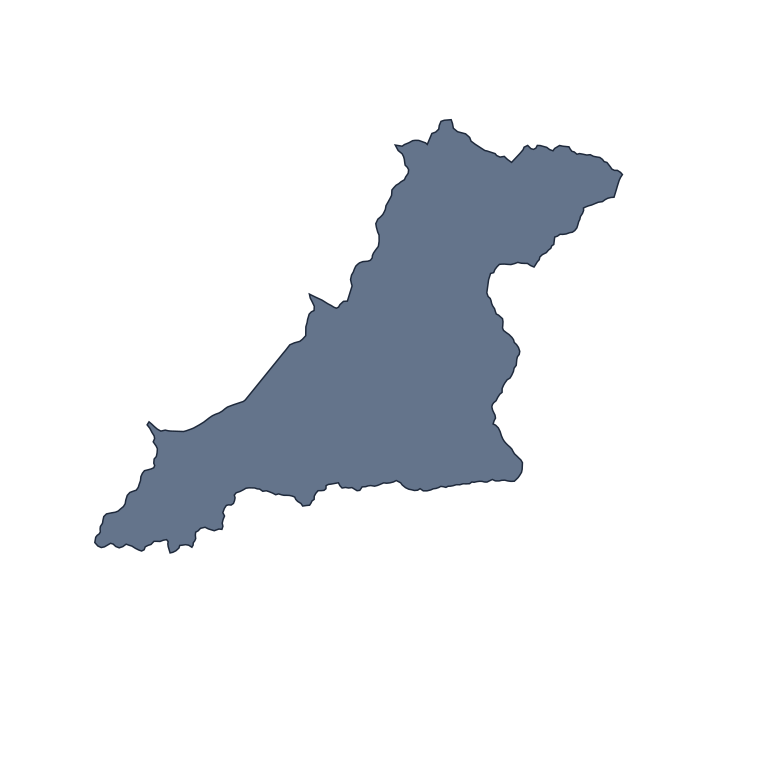 outline of Aliança do Tocantins, Tocantins, Brazil, rotated 315°
{"feature_id": "56859067B72455784373127", "entity_name": "Aliança do Tocantins", "entity_type": "district", "adm_level": 2, "iso_a3": "BRA", "parent_name": "Brazil", "parent_adm1": "Tocantins", "projection": "albers", "projection_center": [-48.928, -11.359], "detail": "fine", "context": "isolated", "style": "filled", "palette": "slate", "viewbox_px": 768, "rotation_deg": 315, "n_neighbors": 0, "source": "geoboundaries", "source_scale": "gbopen_adm2", "svg_char_len": 6145}
<svg xmlns="http://www.w3.org/2000/svg" viewBox="0 0 768 768"><g transform="rotate(315 384 384)"><path d="M700.7,404.5L700.9,401.6L700.1,398.0L698.0,395.9L697.1,393.1L697.6,390.6L698.3,385.0L696.9,382.4L697.3,379.6L696.8,376.4L694.9,373.8L693.1,371.1L692.0,367.7L689.3,365.5L687.2,362.2L685.2,359.3L682.9,358.0L682.6,354.4L681.4,352.3L681.8,349.5L682.5,347.1L678.6,342.3L676.8,339.5L671.2,338.1L668.4,338.6L666.9,335.4L666.4,331.7L663.1,325.9L661.1,323.7L658.2,324.6L655.6,323.8L654.3,321.4L654.3,316.9L650.5,315.6L648.0,316.7L643.4,317.1L630.9,317.5L630.1,312.6L630.0,308.1L626.5,305.6L625.2,302.1L625.5,299.7L621.7,292.2L620.4,290.2L618.0,278.9L617.3,273.8L618.9,270.3L618.6,264.8L614.4,257.6L613.9,252.2L616.7,248.1L618.4,244.6L613.1,240.1L610.0,238.6L606.0,240.2L602.9,242.5L598.6,242.4L595.0,240.7L584.0,245.2L583.9,242.9L580.8,236.3L578.3,233.7L576.3,232.2L572.2,231.0L567.7,229.1L565.0,228.7L560.9,223.0L559.1,228.9L559.6,234.1L558.6,237.1L557.3,239.4L555.5,241.7L553.7,244.2L553.7,247.4L552.9,249.9L550.1,252.1L545.7,252.9L542.9,254.0L538.9,253.0L536.2,252.8L533.1,252.0L530.0,252.1L526.8,252.4L524.7,254.3L522.7,256.0L519.7,257.0L515.2,258.3L511.5,259.3L508.4,261.5L506.0,262.4L503.0,263.3L499.7,263.4L496.2,263.1L491.6,264.8L489.5,267.7L487.0,272.1L485.8,275.2L481.5,279.6L477.3,282.7L472.2,283.4L469.1,284.0L466.6,285.0L464.8,286.5L461.9,286.9L459.5,285.8L455.6,282.5L452.3,281.0L449.9,280.7L447.4,280.7L444.3,281.8L441.5,283.1L438.1,284.0L434.2,286.5L432.2,289.6L430.8,292.1L425.2,295.0L416.7,299.5L413.8,296.9L409.0,296.7L406.2,297.5L403.9,296.7L402.8,294.1L402.2,291.3L401.0,287.5L399.5,280.9L397.1,274.4L394.8,267.7L392.6,271.1L391.5,274.6L389.7,279.7L386.5,282.6L383.6,281.6L380.4,281.7L378.3,282.9L375.5,284.4L373.2,286.1L369.2,288.3L362.8,294.5L357.9,294.7L354.6,294.3L349.7,291.5L345.1,289.7L338.1,290.6L334.6,290.9L274.6,297.2L272.2,296.9L262.8,292.2L257.0,289.6L254.2,289.1L250.6,288.8L247.0,287.9L243.3,286.2L240.2,285.1L236.6,284.4L229.5,283.5L224.5,282.3L218.2,280.5L215.6,279.4L211.0,277.2L208.7,275.9L202.0,268.7L200.1,266.7L198.4,264.6L196.7,261.9L192.9,259.5L191.8,255.6L191.5,251.7L191.4,248.0L191.1,244.6L187.6,245.4L187.1,249.7L185.6,254.4L184.8,258.1L183.2,260.4L179.9,261.7L179.0,266.7L178.0,269.5L174.9,272.2L171.7,274.3L168.4,274.5L165.2,277.2L164.2,279.5L162.0,280.4L159.3,279.4L156.8,278.0L153.3,275.9L150.0,276.3L146.6,277.6L143.4,280.2L139.8,281.9L137.2,283.3L133.8,283.9L130.1,282.1L127.6,281.0L123.7,281.2L119.3,283.5L116.4,285.6L113.2,286.4L108.7,286.0L106.3,285.9L103.4,284.7L100.6,282.7L95.9,279.6L92.1,279.6L89.1,281.5L86.5,283.4L82.7,284.2L80.8,285.7L78.7,288.1L76.4,288.6L74.2,288.2L71.8,288.5L67.4,291.6L67.1,296.2L68.4,299.7L71.2,301.5L78.0,303.3L79.3,305.7L79.4,309.2L80.9,312.6L84.3,314.3L88.4,314.9L89.9,318.1L91.1,320.3L92.0,324.4L93.2,328.0L94.5,330.7L97.2,331.6L100.0,330.3L103.1,331.3L105.8,332.7L110.1,332.6L112.3,334.8L114.3,337.0L117.5,338.4L120.2,340.3L119.9,342.8L118.1,344.2L116.4,346.4L113.3,352.2L115.7,353.7L119.0,354.8L123.0,355.0L125.4,353.7L127.5,355.4L130.1,357.3L131.9,359.9L132.7,363.6L135.0,363.0L136.9,361.4L139.2,361.1L141.5,360.2L143.7,357.5L146.0,355.6L148.7,356.4L152.2,356.3L156.2,358.8L157.3,362.2L160.2,367.7L164.7,369.8L166.6,372.2L169.5,370.7L171.2,368.0L174.5,366.0L177.9,364.6L179.1,361.0L183.2,359.1L186.7,358.4L188.7,359.6L190.3,361.5L193.1,362.0L195.8,360.8L198.2,359.2L199.6,356.7L202.6,356.4L206.2,358.2L209.6,359.3L212.7,360.1L215.2,362.0L219.0,366.0L220.2,368.5L221.8,370.4L222.4,374.1L225.3,376.3L226.6,378.9L228.1,382.4L229.1,385.7L231.8,387.2L233.2,389.9L234.5,391.9L236.4,393.8L238.4,396.0L239.9,398.4L240.9,400.8L240.0,403.2L239.9,405.9L240.8,409.8L240.2,412.8L243.4,415.2L245.7,417.1L248.1,416.6L250.4,415.8L253.0,416.2L255.4,414.0L258.4,413.1L261.9,412.8L264.3,415.1L266.4,416.8L268.9,417.0L271.2,414.9L273.7,415.7L275.7,417.3L281.9,421.6L280.9,424.8L280.8,427.9L283.6,429.9L285.4,432.5L288.1,434.6L289.5,440.4L291.7,442.1L295.8,441.3L298.5,443.7L300.6,444.7L302.8,446.4L305.1,449.6L307.6,451.1L310.4,452.3L313.9,453.7L315.7,456.0L318.3,458.1L321.5,460.0L324.4,460.9L325.9,465.6L325.5,468.3L325.9,472.5L327.1,475.9L328.6,478.1L330.2,480.8L332.7,482.9L335.5,483.5L336.2,487.3L338.9,490.0L342.2,492.0L344.7,492.9L346.9,494.6L349.5,495.9L351.7,496.5L353.3,498.5L354.7,500.9L357.0,501.6L358.7,503.2L361.0,504.8L363.9,506.3L366.4,508.9L369.3,510.4L371.6,512.8L374.0,515.0L376.8,515.4L378.2,517.2L380.6,518.7L382.7,520.3L384.5,522.2L385.7,524.3L387.5,526.2L393.1,528.1L394.2,531.2L396.8,533.9L399.1,535.3L401.4,537.4L403.0,540.1L404.9,542.6L407.4,544.9L410.1,545.0L412.6,545.0L415.1,544.6L418.8,543.7L421.4,542.0L423.7,539.9L426.3,537.5L427.1,534.4L427.0,531.6L427.0,528.9L426.9,525.6L427.6,522.8L428.4,520.4L428.5,517.8L428.3,515.0L428.3,512.3L428.5,509.7L429.1,507.0L430.4,503.7L432.5,499.7L433.8,495.9L433.8,492.0L432.9,489.4L436.0,487.8L438.7,487.0L440.5,484.5L441.3,482.1L442.3,479.3L444.1,476.4L446.1,475.2L448.4,474.8L451.4,475.1L454.9,473.9L458.6,473.1L461.6,473.4L464.4,470.7L467.7,469.4L470.3,468.7L474.1,468.1L477.3,468.9L480.5,468.1L484.3,466.7L487.2,464.8L490.7,464.3L495.3,460.5L497.6,459.1L500.5,458.7L503.1,456.9L504.9,453.3L505.6,449.8L505.5,446.7L506.9,444.3L507.4,441.6L507.4,437.4L506.8,434.0L506.4,430.6L507.4,428.2L509.6,426.4L512.2,424.1L514.0,421.6L513.7,416.3L512.9,413.9L514.0,411.5L515.4,409.0L516.1,405.5L517.1,403.1L518.6,400.8L519.6,398.6L519.5,395.7L521.2,392.2L531.6,384.3L537.5,381.2L540.3,382.8L543.3,381.5L547.0,381.0L550.2,381.0L552.0,382.5L553.9,384.3L555.9,386.7L558.2,389.3L561.7,391.3L564.6,392.6L566.5,395.7L568.4,397.8L570.7,400.2L571.4,403.9L572.8,407.4L576.0,406.7L578.9,406.0L581.6,405.9L584.0,404.4L587.5,404.5L591.7,405.9L595.0,405.6L597.9,406.0L600.3,404.9L602.7,405.4L608.6,400.8L611.2,402.1L614.3,402.6L616.3,404.7L618.9,406.7L622.3,408.3L624.6,409.9L627.4,410.4L630.8,410.0L634.0,408.3L636.4,406.9L638.8,406.1L641.3,404.5L645.1,403.7L647.9,402.4L649.5,400.6L651.8,401.4L654.7,402.7L657.3,404.2L663.9,406.9L667.4,409.5L670.7,410.0L673.6,410.9L676.4,412.6L678.7,414.6L686.4,410.5L688.9,409.1L691.4,407.8L694.3,406.3L697.3,405.2L700.7,404.5Z" fill="#64748b" stroke="#1e293b" stroke-width="1.5"/></g></svg>